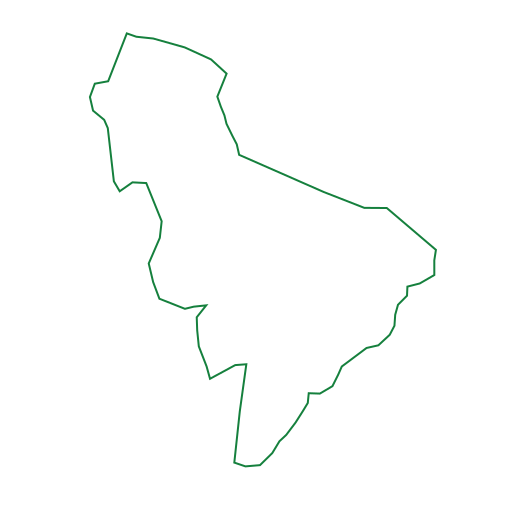 the district of Mato Grosso, Paraíba, Brazil, rotated 95°
{"feature_id": "56859067B53258428932358", "entity_name": "Mato Grosso", "entity_type": "district", "adm_level": 2, "iso_a3": "BRA", "parent_name": "Brazil", "parent_adm1": "Paraíba", "projection": "albers", "projection_center": [-37.732, -6.546], "detail": "fine", "context": "isolated", "style": "outline", "palette": "green", "viewbox_px": 512, "rotation_deg": 95, "n_neighbors": 0, "source": "geoboundaries", "source_scale": "gbopen_adm2", "svg_char_len": 992}
<svg xmlns="http://www.w3.org/2000/svg" viewBox="0 0 512 512"><g transform="rotate(95 256 256)"><path d="M45.5,404.1L94.8,418.5L98.4,431.6L112.1,435.3L125.4,431.0L133.6,419.1L141.5,414.8L194.0,404.1L203.4,397.4L193.4,385.5L192.9,371.7L229.6,353.0L246.3,353.4L272.8,362.2L290.9,356.2L307.0,348.5L314.8,322.2L311.9,313.6L309.5,301.3L322.2,309.7L335.2,308.1L351.0,305.1L370.3,295.6L382.3,291.1L366.5,267.2L364.7,256.2L412.1,258.6L463.7,259.6L466.5,248.2L464.0,233.8L450.9,222.6L438.5,216.5L431.6,210.3L418.5,202.1L406.6,195.9L397.9,191.6L388.1,191.5L387.5,180.4L379.0,168.5L367.1,163.8L358.6,160.9L348.4,149.5L338.0,137.9L334.3,126.3L322.8,115.9L313.4,112.0L302.4,112.2L292.2,110.3L282.4,102.1L273.3,102.5L269.1,90.5L259.4,76.7L244.8,78.0L234.2,77.3L196.8,129.9L198.6,152.3L186.4,193.9L156.7,281.6L146.4,284.9L138.2,290.1L126.9,296.9L118.7,299.7L110.2,304.1L100.6,308.4L76.9,301.2L64.1,317.9L54.4,345.2L48.3,377.3L48.0,394.3L45.5,404.1Z" fill="none" stroke="#15803d" stroke-width="2"/></g></svg>